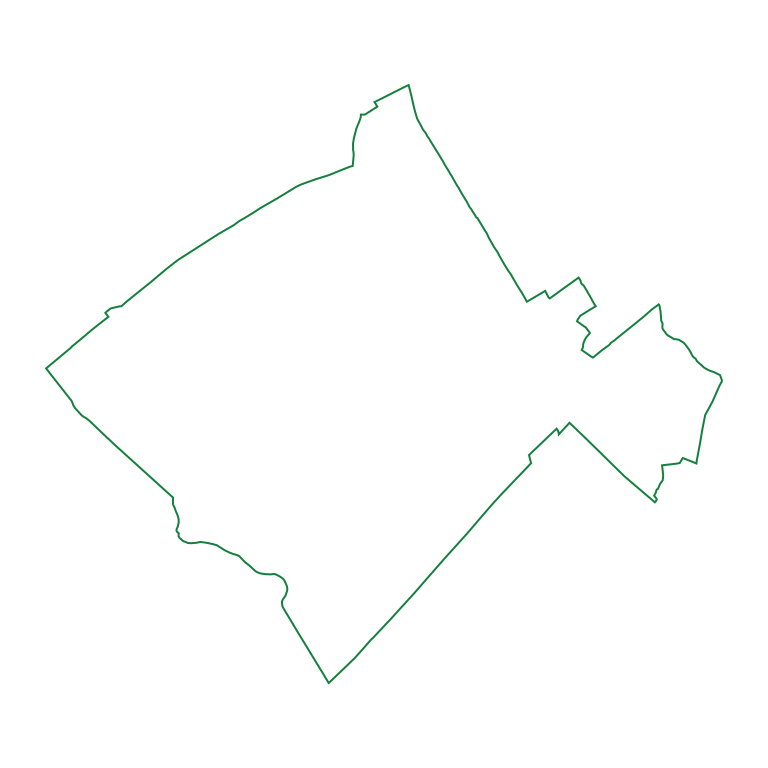 the district of Draguseni, Suceava, Romania
{"feature_id": "2599482B30729987174468", "entity_name": "Draguseni", "entity_type": "district", "adm_level": 2, "iso_a3": "ROU", "parent_name": "Romania", "parent_adm1": "Suceava", "projection": "mercator", "projection_center": [26.522, 47.306], "detail": "fine", "context": "isolated", "style": "outline", "palette": "green", "viewbox_px": 768, "rotation_deg": 0, "n_neighbors": 0, "source": "geoboundaries", "source_scale": "gbopen_adm2", "svg_char_len": 5362}
<svg xmlns="http://www.w3.org/2000/svg" viewBox="0 0 768 768"><path d="M106.7,437.3L108.1,438.5L112.2,442.4L113.0,443.2L114.9,444.9L115.1,445.2L132.2,460.6L142.9,470.3L169.5,494.4L172.8,497.3L173.1,497.6L172.9,501.3L173.1,504.3L173.1,504.5L173.2,504.8L173.6,505.7L174.8,508.1L175.0,508.7L175.2,509.4L175.8,511.2L177.5,515.1L178.6,519.1L178.7,520.9L178.7,522.6L178.3,524.3L177.7,526.8L176.7,529.0L176.5,529.9L176.6,530.7L176.8,531.6L178.4,533.0L178.8,533.4L178.6,534.7L178.6,535.0L178.5,536.2L179.5,537.8L182.0,540.1L183.4,541.2L185.9,542.1L187.8,543.0L191.3,543.2L193.8,543.0L196.1,542.8L199.8,542.1L200.3,542.0L202.2,542.2L206.7,542.8L211.4,543.8L214.0,544.4L216.4,545.1L216.8,545.2L224.6,550.2L225.9,550.8L229.2,552.4L232.8,553.9L237.2,555.1L239.3,556.1L242.7,559.8L245.1,562.3L246.5,563.3L247.9,564.4L250.2,566.3L251.8,567.8L252.8,568.7L255.1,570.8L256.2,571.6L257.2,572.2L259.0,572.9L259.3,573.1L260.3,573.3L261.7,573.6L264.6,574.1L270.7,574.4L271.8,574.2L274.3,574.0L275.8,574.4L279.5,576.3L281.5,577.6L282.1,578.1L282.5,578.4L283.4,579.2L284.4,580.5L285.2,582.4L286.1,584.2L287.1,586.9L287.3,589.1L287.2,590.6L285.6,595.4L282.9,599.4L282.0,601.5L282.0,602.5L282.0,603.5L282.4,605.8L282.4,606.3L283.0,607.4L283.7,608.6L283.9,609.0L284.0,609.2L298.1,632.7L300.3,636.3L306.6,646.6L310.0,652.2L311.4,654.5L313.5,658.0L320.4,669.3L322.2,672.2L328.7,683.0L329.2,682.6L332.8,679.1L345.9,666.6L354.2,658.6L355.3,657.5L356.6,656.0L362.7,649.2L370.5,640.2L372.9,638.0L391.3,618.4L414.4,593.0L443.4,559.8L467.4,533.2L475.0,524.3L483.2,514.7L492.7,503.8L494.4,501.9L498.3,497.7L500.4,495.3L504.8,490.7L531.1,463.2L529.0,455.0L529.8,454.3L556.6,428.7L558.0,430.8L558.5,432.1L558.8,434.4L569.5,422.8L586.0,438.6L596.5,448.9L624.5,476.4L654.9,502.3L655.7,501.3L656.1,500.8L656.4,500.3L656.7,499.5L656.5,498.6L654.1,495.7L655.9,492.4L656.4,490.1L656.9,489.4L658.0,488.9L658.6,487.3L660.1,483.8L662.7,480.3L663.2,475.4L662.1,465.3L675.3,463.8L679.7,463.1L682.7,458.1L685.2,459.0L691.4,461.4L696.4,463.5L696.6,461.9L696.8,460.3L699.9,444.0L702.6,428.0L705.2,415.0L712.4,401.8L715.3,395.2L719.4,385.9L721.7,381.6L721.9,380.1L720.0,375.0L718.2,374.2L713.7,372.0L710.4,370.9L707.5,369.6L704.2,367.7L702.0,365.6L698.5,362.6L697.0,361.2L696.2,359.8L695.6,358.7L694.2,357.7L692.9,356.5L691.8,354.8L690.8,352.5L689.8,350.9L688.6,348.9L686.7,346.4L685.2,344.4L683.7,342.8L682.5,341.9L680.8,341.0L679.9,340.4L678.8,339.7L678.0,339.6L676.7,339.3L675.3,339.2L673.9,339.1L672.7,338.3L671.1,337.3L668.5,335.8L667.3,334.9L666.3,333.9L665.4,332.7L664.3,331.2L663.1,329.5L662.5,328.4L662.4,327.6L662.4,326.3L662.6,324.0L662.4,323.0L661.6,321.6L661.2,320.5L660.9,315.8L660.5,311.3L659.8,307.2L659.5,306.0L659.2,304.9L658.7,304.4L657.8,305.1L655.0,307.2L653.7,308.1L651.9,309.4L643.9,316.5L640.2,319.5L638.1,321.2L635.3,323.5L628.2,329.2L615.9,339.1L615.6,339.5L610.5,343.2L610.1,344.0L608.9,345.2L607.5,346.2L602.4,349.9L598.3,353.2L596.2,355.0L593.6,357.1L592.7,357.6L581.7,350.0L582.6,348.2L583.0,346.9L583.1,345.9L583.1,344.9L583.6,342.6L584.1,341.6L584.7,340.0L585.5,338.6L586.4,337.1L588.1,335.2L589.9,333.2L589.5,332.4L588.4,330.9L587.3,329.5L586.5,328.4L586.0,327.6L583.9,326.2L577.0,321.3L577.8,319.4L578.6,318.4L579.4,317.0L580.1,316.1L580.5,315.6L581.5,315.0L588.2,310.8L595.8,306.2L594.5,304.5L590.0,296.3L585.1,287.9L583.9,285.9L583.4,285.4L582.6,284.6L581.9,284.3L581.3,283.4L581.0,282.8L580.7,281.2L579.9,279.5L578.6,277.6L563.6,288.4L549.8,298.4L549.4,298.1L548.5,297.3L545.2,290.9L536.1,296.3L526.9,301.7L522.0,293.0L520.1,290.0L516.7,284.6L515.2,281.9L512.6,277.5L511.1,274.7L508.6,271.2L504.5,264.7L499.5,256.0L497.7,252.4L494.2,247.3L489.0,238.1L486.6,233.0L484.8,230.4L482.1,225.8L477.4,218.0L476.4,217.6L475.6,216.2L473.8,213.2L472.5,211.4L471.9,210.1L471.3,209.2L470.1,207.8L468.9,205.9L468.4,204.6L467.7,203.5L466.9,201.9L466.2,200.7L465.7,200.0L463.3,196.0L461.8,193.6L460.1,190.5L458.7,187.9L457.7,186.5L456.8,185.1L455.2,182.3L453.1,178.6L451.7,176.1L450.2,173.7L448.7,171.1L447.8,169.6L446.1,166.9L445.9,166.5L444.7,164.5L442.6,160.8L441.0,158.1L438.4,153.9L436.7,151.1L434.4,147.5L432.5,144.3L430.2,140.6L429.0,138.4L427.5,136.5L425.6,132.9L424.2,131.2L422.7,129.1L421.2,126.0L419.7,123.3L418.1,120.6L417.0,118.2L416.3,115.8L414.9,111.0L413.6,105.8L412.9,102.6L411.1,94.6L410.3,91.5L408.6,85.0L401.7,88.4L374.5,102.1L377.4,106.6L371.1,110.6L364.9,114.6L360.9,114.6L360.9,115.1L360.6,117.7L359.2,121.8L356.5,128.1L355.4,132.3L354.8,134.8L354.0,137.6L353.4,141.3L353.0,143.7L353.1,148.7L353.1,149.9L353.5,152.1L353.7,155.1L352.7,166.0L350.8,166.4L345.0,168.6L340.5,170.4L336.0,172.2L334.2,173.0L328.4,175.3L315.5,179.3L301.0,184.5L296.2,186.8L277.7,198.1L260.2,208.2L253.3,212.7L248.6,215.6L247.0,216.6L239.4,221.0L233.5,225.3L217.8,234.4L208.0,240.7L177.9,260.0L166.2,269.1L166.0,269.3L150.3,282.5L130.4,298.5L124.2,303.7L121.4,306.2L119.3,306.4L116.8,307.0L111.5,308.2L110.4,308.6L109.8,309.1L105.4,312.7L105.6,313.3L108.4,316.8L93.0,328.9L82.6,337.7L77.5,341.9L72.3,346.2L70.7,347.9L46.1,368.4L58.6,384.4L59.5,385.5L65.3,392.9L65.5,393.1L69.4,398.1L70.6,399.6L71.5,400.7L72.4,402.6L73.0,404.5L73.1,404.9L75.2,408.3L76.5,409.7L81.3,414.9L81.6,415.3L81.9,415.5L83.0,416.3L83.4,416.7L85.2,417.7L87.0,418.8L88.1,419.7L88.2,419.8L89.1,420.5L96.4,427.4L101.1,432.0L101.8,432.6L105.5,436.1L106.5,437.1L106.7,437.3Z" fill="none" stroke="#15803d" stroke-width="2"/></svg>